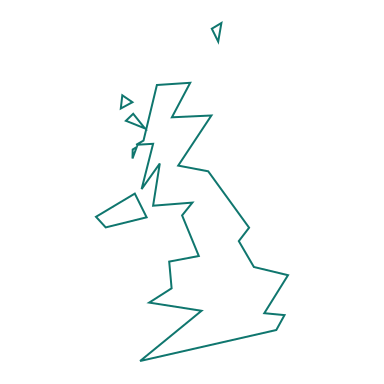 an SVG outline of United Kingdom
{"feature_id": "GBR", "entity_name": "United Kingdom", "entity_type": "country or territory", "adm_level": 0, "iso_a3": "GBR", "parent_name": "Europe", "parent_adm1": "", "projection": "orthographic", "projection_center": [-4.115, 55.427], "detail": "coarse", "context": "isolated", "style": "outline", "palette": "teal", "viewbox_px": 384, "rotation_deg": 0, "n_neighbors": 0, "source": "natural_earth", "source_scale": "50m", "svg_char_len": 711}
<svg xmlns="http://www.w3.org/2000/svg" viewBox="0 0 384 384"><path d="M201.5,310.8L149.2,302.6L171.6,288.3L169.2,261.6L198.8,256.0L182.1,215.4L192.4,202.6L153.1,205.7L159.8,163.5L141.6,189.1L153.1,143.8L136.2,144.8L143.5,140.6L156.9,85.0L190.2,82.8L171.9,117.3L211.4,115.5L178.2,165.6L208.2,171.3L249.1,227.7L238.8,241.1L253.9,267.0L288.0,275.2L264.3,313.2L284.5,315.1L276.3,330.0L140.1,361.0L201.5,310.8ZM146.6,217.3L105.7,227.4L96.0,216.8L134.8,193.6L146.6,217.3ZM122.3,95.3L132.4,102.2L120.8,108.5L122.3,95.3ZM133.2,113.8L144.9,128.4L125.9,120.8L133.2,113.8ZM211.8,28.7L221.4,23.0L218.2,41.6L211.8,28.7ZM136.7,147.1L132.5,158.5L132.7,149.5L136.7,147.1Z" fill="none" stroke="#0f766e" stroke-width="2"/></svg>